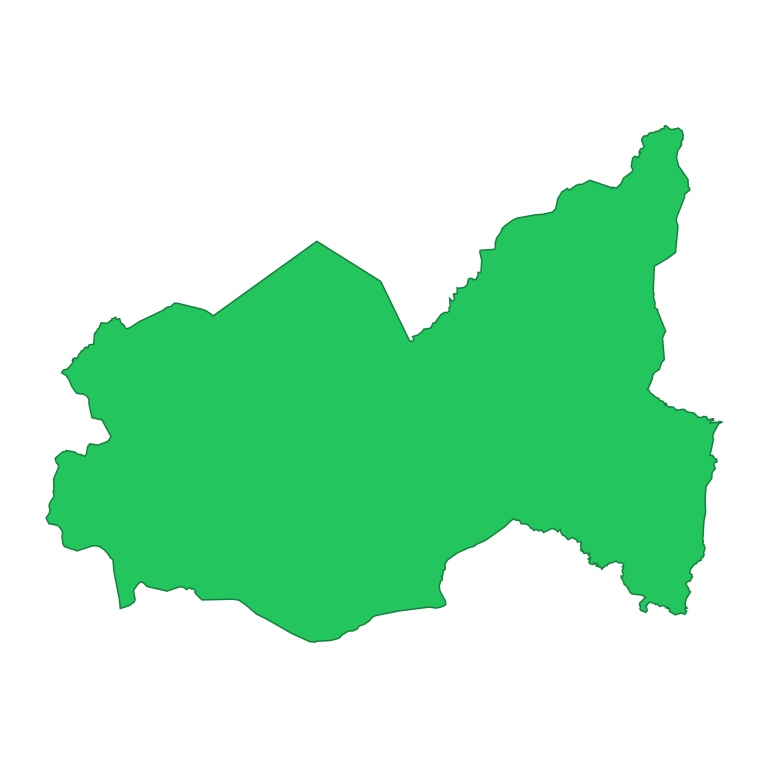 Gourma, Gourma, Burkina Faso
{"feature_id": "67063806B98154706729521", "entity_name": "Gourma", "entity_type": "district", "adm_level": 2, "iso_a3": "BFA", "parent_name": "Burkina Faso", "parent_adm1": "Gourma", "projection": "mercator", "projection_center": [0.724, 12.228], "detail": "fine", "context": "isolated", "style": "filled", "palette": "green", "viewbox_px": 768, "rotation_deg": 0, "n_neighbors": 0, "source": "geoboundaries", "source_scale": "gbopen_adm2", "svg_char_len": 6059}
<svg xmlns="http://www.w3.org/2000/svg" viewBox="0 0 768 768"><path d="M61.6,372.8L65.8,375.3L68.8,379.3L71.7,386.3L75.6,392.0L77.1,393.4L83.5,394.2L86.8,396.0L88.9,399.1L89.1,404.7L92.1,417.8L102.0,419.9L111.0,436.6L109.0,440.0L106.6,441.9L97.9,445.1L89.9,443.8L87.7,446.5L86.7,452.9L85.2,456.3L80.4,454.4L78.2,454.4L75.0,452.2L66.3,450.4L65.2,451.6L62.9,451.7L55.8,457.7L55.2,458.5L55.7,460.5L56.5,463.0L58.4,464.8L58.4,467.7L53.6,479.0L54.0,491.0L53.1,491.0L54.0,496.4L49.7,503.0L49.1,505.8L49.9,510.2L49.4,513.1L46.1,517.9L48.9,523.7L58.1,525.5L61.8,530.1L62.6,532.6L62.0,536.2L63.0,544.0L64.5,546.6L77.3,550.9L92.1,545.9L95.8,545.7L99.6,546.6L104.0,549.5L107.9,553.7L110.6,558.1L112.9,559.4L114.0,571.8L119.4,599.3L120.3,608.5L129.1,605.7L134.2,602.0L135.1,599.5L133.6,591.4L133.9,589.9L137.6,584.4L140.9,581.7L143.6,583.0L147.1,586.5L167.0,591.1L179.4,586.9L183.1,587.0L186.7,589.6L189.3,587.7L190.8,587.9L191.7,589.2L192.9,588.7L194.7,589.8L195.6,591.4L194.8,592.1L196.2,594.3L202.0,599.9L232.9,599.2L239.0,600.2L245.5,604.7L256.8,614.3L266.5,619.0L291.7,633.4L309.7,641.6L315.1,642.1L317.1,641.2L329.3,640.6L335.6,639.3L339.4,637.9L342.4,634.7L348.6,631.0L353.1,630.9L357.5,628.8L359.1,625.9L364.2,624.4L369.2,621.0L372.4,617.1L375.7,615.6L398.7,611.0L429.1,607.1L436.5,608.1L443.0,606.4L445.7,604.7L445.5,601.3L440.0,591.2L439.2,586.1L440.6,581.4L442.4,579.6L441.7,576.5L442.3,576.7L443.5,570.7L445.4,569.0L444.9,564.3L447.8,559.7L457.3,552.9L469.8,547.3L473.6,546.5L477.4,543.8L485.3,540.5L504.1,527.2L511.7,520.1L514.0,518.8L515.3,520.0L519.6,520.4L521.1,523.8L525.3,523.9L528.5,525.1L530.9,528.4L532.0,528.2L533.8,530.4L536.5,529.5L539.1,531.0L541.2,529.8L543.6,532.5L552.1,528.4L556.0,529.9L557.8,531.9L560.2,529.5L561.6,533.9L562.9,535.4L564.9,536.0L568.1,539.7L572.9,537.3L574.5,539.1L575.6,539.0L577.0,540.4L577.4,542.1L579.5,541.5L581.2,542.3L580.8,543.7L581.4,544.2L580.4,545.8L581.3,548.1L580.5,549.8L582.2,549.8L582.7,550.7L581.9,551.2L583.7,551.9L583.6,553.2L589.5,553.5L588.2,554.7L590.5,557.8L590.3,559.0L588.8,558.4L588.1,558.9L590.1,560.2L588.9,562.0L589.7,563.5L592.7,564.6L593.8,562.9L595.7,565.1L596.1,563.4L597.2,563.4L598.2,565.0L596.9,566.2L600.9,567.5L601.7,569.2L605.1,566.0L607.1,565.6L607.0,564.4L608.9,564.0L609.2,562.8L611.5,563.0L616.1,561.1L618.4,562.7L622.6,563.0L623.9,565.5L622.2,566.5L623.5,568.3L622.5,569.4L622.4,571.9L623.5,574.3L622.7,576.4L621.2,575.9L621.2,577.9L623.1,580.6L624.2,584.3L626.9,586.4L630.1,592.4L632.0,593.9L642.5,595.2L645.3,597.6L639.9,602.8L639.4,605.1L640.5,605.9L640.0,609.1L641.0,610.6L645.9,612.3L647.2,610.5L646.2,606.1L648.5,602.9L650.0,602.4L653.4,603.0L655.8,604.6L657.4,604.0L659.6,606.5L662.4,605.5L665.1,606.3L666.1,608.0L666.9,607.5L667.9,608.6L667.9,607.6L670.0,609.3L669.5,611.5L675.4,614.8L681.3,613.0L684.9,614.4L686.6,611.7L686.6,610.8L684.6,609.3L684.9,608.3L687.1,608.1L685.5,606.1L685.2,602.6L686.2,598.9L690.6,591.8L688.7,590.5L688.6,588.4L686.5,585.2L686.1,582.9L688.3,581.1L689.7,581.5L692.4,576.9L691.7,576.0L692.0,574.7L689.8,573.4L690.4,569.5L694.4,564.2L695.9,564.0L697.7,561.7L701.1,560.2L701.2,558.3L702.9,557.3L704.1,555.0L703.6,552.6L705.0,548.4L704.2,545.2L702.8,543.8L703.4,541.0L702.8,540.0L703.9,521.6L705.6,512.2L705.1,498.3L706.1,486.2L711.7,478.6L712.1,472.3L715.2,468.7L713.8,464.2L714.5,462.6L717.0,462.0L716.7,459.2L715.5,459.3L712.4,455.3L710.0,455.5L713.5,439.0L712.5,437.0L713.8,432.7L718.4,424.1L721.9,422.1L719.1,421.4L717.9,422.7L715.7,422.1L710.4,423.4L710.4,421.6L713.6,420.3L713.3,418.7L707.9,419.8L706.5,416.8L703.4,416.4L701.2,417.6L698.1,417.1L693.8,412.9L688.0,412.1L685.3,410.6L684.8,409.5L681.7,409.3L678.0,410.4L676.9,409.7L676.5,410.4L673.4,407.2L667.8,406.6L666.4,405.4L666.7,403.8L666.0,403.5L665.3,404.8L664.6,404.6L664.8,403.6L663.2,401.5L659.4,400.1L658.8,398.4L655.7,397.2L649.8,392.3L649.2,390.5L647.6,389.8L652.3,378.9L652.6,375.6L654.7,372.4L659.4,369.4L661.5,362.7L664.3,359.6L662.5,337.7L665.6,331.1L657.3,310.5L657.8,309.9L654.8,307.4L655.0,302.3L653.5,297.4L654.0,294.2L653.2,291.2L654.3,266.2L667.2,258.6L675.5,252.5L678.0,226.1L676.2,220.4L676.8,217.0L684.6,197.1L684.5,194.4L689.8,190.0L689.7,188.5L688.2,186.7L688.0,179.6L678.5,165.8L676.5,157.6L677.7,150.8L681.5,145.2L681.3,141.3L682.9,139.6L683.0,138.1L683.1,134.7L682.1,130.9L678.3,128.1L671.9,129.6L669.8,129.0L666.2,125.9L664.5,125.9L664.0,128.5L661.3,128.9L658.1,131.4L656.4,131.1L654.4,132.4L649.5,133.0L647.2,135.8L644.1,136.0L642.7,137.2L641.6,139.9L644.0,147.0L643.1,148.3L641.0,148.7L639.5,150.8L639.2,152.9L640.5,152.6L640.3,153.5L637.8,157.7L636.6,156.6L634.6,156.4L632.6,158.3L631.2,166.6L632.7,169.2L632.0,171.9L623.6,178.1L621.0,183.7L616.4,188.1L612.9,187.3L612.8,188.1L589.9,180.3L581.8,184.5L579.0,184.3L576.3,185.3L569.0,190.3L567.6,188.4L561.9,191.9L557.8,198.7L555.7,208.8L552.4,212.1L542.9,214.3L535.7,214.8L516.8,218.2L512.5,220.3L504.8,225.9L502.2,228.6L500.9,232.1L496.7,238.0L495.3,242.8L495.3,248.0L494.6,249.3L480.1,250.3L479.9,252.4L481.7,260.3L481.0,271.6L480.0,272.5L478.0,272.4L478.1,275.3L476.2,279.2L473.7,279.9L472.0,278.3L469.3,278.5L468.3,279.4L467.2,284.8L464.3,287.4L458.5,288.3L457.1,287.8L457.3,293.4L453.5,294.0L454.5,299.6L453.2,301.0L451.9,300.9L449.7,298.5L450.2,305.4L450.0,307.0L449.1,307.6L449.2,311.1L447.6,312.4L444.5,312.4L441.1,314.5L436.3,320.8L435.9,322.7L434.1,322.6L432.8,323.5L431.1,327.5L429.0,328.5L423.7,329.2L422.3,331.5L418.1,334.9L412.6,336.6L413.9,339.1L412.4,341.3L409.6,341.0L380.7,281.4L316.8,241.3L213.3,315.8L206.6,311.1L202.2,309.3L177.0,303.2L174.3,303.2L170.9,306.5L167.0,307.2L162.5,310.6L139.7,321.4L130.5,327.4L127.1,328.7L125.6,328.2L123.8,325.1L120.7,322.6L119.6,318.7L116.0,319.5L115.8,317.3L111.6,319.1L111.6,320.6L110.2,320.9L107.6,323.2L100.9,322.9L98.8,328.7L97.5,329.1L97.1,330.7L94.5,333.7L93.7,344.3L89.7,344.7L88.7,345.3L88.0,348.0L86.4,347.0L84.4,348.1L83.3,350.4L81.3,350.9L80.7,352.6L78.7,354.5L77.8,357.3L76.0,358.7L74.9,357.8L72.8,359.1L73.7,360.4L72.4,360.4L72.6,363.0L69.2,367.0L67.4,368.9L63.2,370.2L61.6,372.8Z" fill="#22c55e" stroke="#15803d" stroke-width="1.5"/></svg>